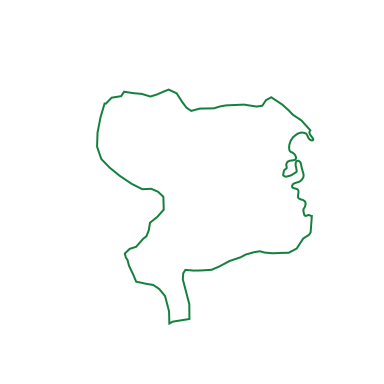 Wiwon, Chagang-do, North Korea, rotated 123°
{"feature_id": "82179303B10108678790042", "entity_name": "Wiwon", "entity_type": "district", "adm_level": 2, "iso_a3": "PRK", "parent_name": "North Korea", "parent_adm1": "Chagang-do", "projection": "mercator", "projection_center": [126.021, 40.774], "detail": "fine", "context": "isolated", "style": "outline", "palette": "green", "viewbox_px": 384, "rotation_deg": 123, "n_neighbors": 0, "source": "geoboundaries", "source_scale": "gbopen_adm2", "svg_char_len": 5803}
<svg xmlns="http://www.w3.org/2000/svg" viewBox="0 0 384 384"><g transform="rotate(123 192 192)"><path d="M110.0,219.3L117.8,230.9L124.4,236.8L124.3,242.6L121.6,249.8L117.6,258.6L118.8,267.3L122.8,270.2L129.3,274.5L134.6,278.9L137.1,287.6L141.0,294.9L144.9,303.6L150.2,303.6L156.7,310.8L164.7,312.3L165.4,313.5L179.2,309.4L193.8,303.5L205.7,296.3L213.7,286.1L216.4,274.5L217.8,261.4L218.0,246.8L216.7,235.2L211.5,227.9L210.3,220.7L211.6,213.4L222.2,206.1L231.5,207.5L240.7,210.5L247.3,207.5L253.9,206.1L257.9,207.5L268.4,209.0L273.6,213.3L280.2,214.8L282.9,211.9L284.2,209.0L288.2,204.6L293.6,195.8L297.6,190.0L293.7,179.8L291.1,174.0L291.2,166.7L293.9,158.0L304.5,146.3L314.6,139.4L311.2,137.5L299.9,125.0L287.5,133.2L270.2,152.2L264.9,155.1L260.9,155.1L257.0,147.8L253.1,142.0L246.6,133.2L240.0,128.8L229.5,123.0L220.3,115.7L215.1,112.8L208.5,107.0L204.6,102.6L203.3,98.2L199.4,90.9L194.2,83.6L190.3,77.8L182.4,73.4L170.5,73.4L164.0,70.5L161.3,70.5L156.0,73.4L146.9,78.4L147.0,78.6L147.1,78.8L147.3,79.6L147.3,80.0L147.6,81.3L147.7,81.5L147.8,81.7L148.1,82.0L148.3,82.2L148.8,82.5L149.8,83.2L149.9,83.4L150.1,83.6L150.2,83.8L150.3,84.1L150.3,84.3L150.3,84.5L150.3,84.9L150.2,85.1L149.8,85.5L149.7,85.7L149.0,86.5L148.0,87.5L147.6,87.9L147.4,88.1L147.2,88.2L147.0,88.3L146.5,88.7L146.3,88.9L145.9,89.0L145.7,89.1L145.4,89.2L144.6,89.2L143.7,89.2L142.6,89.3L142.1,89.5L141.2,89.7L141.0,89.8L140.9,89.9L140.5,90.1L140.3,90.2L139.9,90.5L139.6,90.6L139.5,90.8L139.2,91.0L138.9,91.4L138.6,91.7L138.5,91.9L138.5,92.1L138.3,92.5L138.3,93.3L138.3,94.1L138.3,94.4L138.5,95.3L138.7,95.9L138.8,96.2L138.9,96.5L138.9,96.8L139.0,97.1L139.1,97.3L139.1,97.7L139.1,98.0L139.2,98.3L139.2,98.6L139.2,98.9L139.1,99.3L139.0,99.5L138.8,99.9L138.7,100.0L138.2,100.6L137.8,100.8L137.3,101.1L136.9,101.3L136.6,101.5L136.1,101.7L135.9,101.8L135.6,101.9L134.9,102.2L134.4,102.5L134.2,102.6L133.6,103.0L133.4,103.1L133.2,103.3L132.9,103.6L132.6,104.0L132.4,104.6L132.4,104.8L132.3,105.2L132.3,105.4L132.4,105.7L132.5,106.0L132.6,106.5L132.9,107.5L133.1,108.0L133.4,109.0L133.5,109.5L133.5,109.8L133.5,110.1L133.4,110.4L133.4,110.5L133.2,110.7L133.0,110.9L132.9,111.0L132.5,111.3L132.2,111.4L131.9,111.5L131.3,111.5L131.1,111.5L130.9,111.5L130.7,111.5L130.4,111.5L130.2,111.5L129.8,111.4L128.8,110.7L128.5,110.5L128.3,110.3L128.0,110.1L127.1,109.4L126.5,108.9L126.2,108.7L125.4,108.0L125.1,107.8L124.8,107.6L124.3,107.3L123.7,107.1L123.0,106.9L122.7,106.8L121.7,106.6L120.8,106.6L119.8,106.6L119.6,106.6L119.3,106.6L119.0,106.7L118.5,106.9L118.2,107.0L117.5,107.3L117.3,107.5L116.8,107.8L116.6,108.0L116.2,108.4L115.5,109.0L115.3,109.3L114.5,110.2L114.3,110.6L113.8,111.1L113.4,111.6L113.1,111.8L112.9,112.1L112.6,112.4L112.3,112.7L111.8,113.3L111.2,113.9L110.9,114.3L110.6,114.5L110.1,115.0L109.6,115.5L109.0,116.1L108.9,116.3L108.7,116.4L108.5,116.6L108.2,117.2L108.0,117.6L107.9,118.2L107.8,118.8L107.8,119.2L107.8,119.6L107.9,119.8L108.1,120.2L108.4,120.5L108.6,120.7L108.8,120.8L109.1,120.9L109.6,121.0L110.0,121.1L110.6,121.0L111.2,120.8L112.3,120.2L112.8,119.9L113.5,119.4L114.1,118.6L114.3,118.4L114.7,118.0L115.2,117.6L115.7,117.1L116.2,116.7L116.6,116.3L116.8,116.1L117.3,115.7L117.9,115.4L118.2,115.4L118.5,115.4L119.0,115.6L120.1,116.2L120.4,116.3L121.2,116.6L121.7,116.9L122.5,117.2L123.2,117.5L123.7,117.8L124.3,118.2L124.6,118.4L124.9,118.7L125.2,118.9L125.6,119.3L126.0,119.7L126.5,120.1L126.7,120.3L126.9,120.5L127.3,120.8L127.8,121.4L128.0,121.7L128.1,121.9L128.3,122.4L128.4,122.7L128.5,123.2L128.5,123.5L128.3,124.3L128.3,124.5L128.2,124.7L128.0,124.8L127.9,124.9L127.7,125.0L127.2,125.2L126.3,125.6L125.2,126.0L124.6,126.3L123.8,126.5L123.5,126.5L123.2,126.5L123.0,126.4L122.1,126.1L121.6,125.9L121.4,125.8L120.9,125.7L120.5,125.6L120.3,125.7L120.1,125.8L119.1,126.5L118.9,126.8L118.6,127.0L118.4,127.3L118.3,127.5L118.0,127.7L117.8,127.8L117.3,128.0L117.0,128.1L116.6,128.2L116.4,128.2L115.9,128.3L115.5,128.3L115.3,128.3L115.1,128.3L114.8,128.3L114.6,128.2L114.3,128.2L113.8,127.9L113.7,127.8L113.5,127.7L113.3,127.6L113.0,127.4L112.2,126.7L111.6,126.0L111.2,125.5L110.8,124.9L110.6,124.6L110.3,124.5L110.0,124.2L109.8,123.9L109.6,123.7L109.0,123.2L108.8,123.1L108.5,123.0L107.5,123.0L107.2,123.1L106.7,123.4L106.3,123.7L105.8,124.2L105.7,124.5L105.0,125.3L104.7,126.2L104.5,126.6L104.4,127.1L104.3,128.3L104.2,128.6L104.3,129.4L104.3,129.9L104.4,130.2L104.5,130.6L104.6,130.9L104.6,131.2L104.5,131.6L104.4,131.9L104.3,132.3L103.8,133.1L103.4,133.5L103.2,133.7L103.0,133.9L102.7,134.1L102.4,134.3L102.1,134.6L101.4,135.0L100.9,135.3L100.3,135.6L100.0,135.8L99.6,135.9L99.3,136.1L98.6,136.3L98.1,136.4L97.7,136.5L97.0,136.7L95.8,137.0L95.2,137.1L94.8,137.1L94.1,137.2L92.9,137.1L92.6,137.1L92.2,137.1L91.9,137.1L91.6,137.1L91.3,137.1L91.0,137.0L90.4,136.9L90.1,136.8L89.5,136.6L88.4,136.3L87.9,136.1L87.7,136.0L86.9,135.7L86.3,135.5L86.1,135.3L85.8,135.3L85.5,135.1L85.4,135.0L85.2,134.9L84.5,134.4L84.4,134.3L84.2,134.2L83.8,133.8L83.2,133.3L83.0,133.1L82.8,132.8L82.5,132.4L82.2,132.0L82.1,131.8L82.0,131.6L81.9,131.4L81.8,131.2L81.7,131.0L81.5,130.5L81.4,130.3L81.3,130.0L81.2,129.7L81.1,129.4L81.1,129.2L81.0,128.9L80.9,128.2L81.0,127.9L81.1,127.6L81.2,127.2L81.5,126.6L81.7,126.3L82.0,125.8L82.2,125.5L82.3,125.3L82.5,125.0L82.7,124.7L83.1,124.1L83.3,123.7L83.4,123.4L83.5,123.0L83.7,122.3L83.8,122.0L83.8,121.7L83.9,121.4L83.8,120.8L83.8,120.4L83.7,120.1L83.6,119.8L83.1,119.2L82.9,118.9L82.7,118.8L82.4,118.8L82.1,118.8L81.5,119.4L81.2,120.0L81.0,120.3L80.7,121.2L80.5,121.7L80.3,122.1L80.2,122.5L79.7,123.9L79.5,124.2L79.3,124.6L78.8,125.3L78.2,125.9L77.9,126.1L77.3,126.3L76.9,126.3L76.2,126.4L75.8,126.4L72.4,139.2L72.3,149.4L70.9,155.3L69.5,164.0L69.4,177.1L74.7,180.0L81.3,180.0L85.2,184.4L90.4,196.0L100.8,210.6L104.8,214.9L110.0,219.3Z" fill="none" stroke="#15803d" stroke-width="2"/></g></svg>